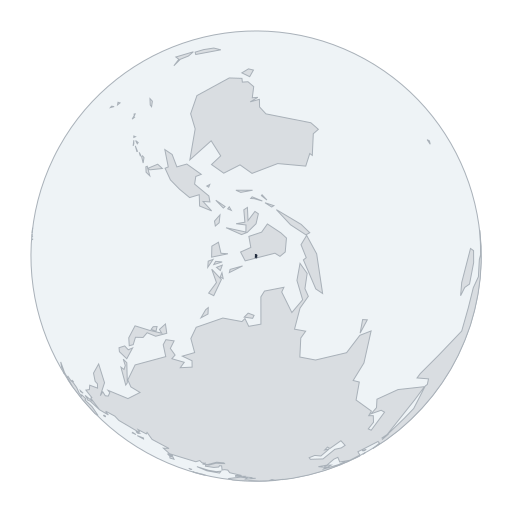 Temburong highlighted on a globe, orthographic projection, rotated 206°
{"feature_id": "BRN-1183", "entity_name": "Temburong", "entity_type": "District", "adm_level": 1, "iso_a3": "BRN", "parent_name": "Brunei", "parent_adm1": "", "projection": "orthographic", "projection_center": [115.184, 4.611], "detail": "fine", "context": "on_globe", "style": "filled", "palette": "slate", "viewbox_px": 512, "rotation_deg": 206, "n_neighbors": 0, "source": "natural_earth", "source_scale": "10m", "svg_char_len": 8107}
<svg xmlns="http://www.w3.org/2000/svg" viewBox="0 0 512 512"><g transform="rotate(206 256 256)"><circle cx="256" cy="256" r="225" fill="#eef3f6" stroke="#a8b0b8"/><path d="M451.9,325.6L451.6,327.1L451.4,327.4L451.9,325.6ZM364.8,58.7L364.6,58.6L371.3,62.7L363.9,58.4L381.7,70.5L385.1,75.2L376.7,67.0L372.2,64.0L372.2,65.4L367.7,62.8L365.0,62.2L359.6,59.2L355.0,55.4L351.4,53.6L351.7,54.8L346.3,53.1L346.6,51.6L337.3,48.7L328.0,43.4L331.6,43.8L348.5,50.6L364.8,58.7ZM469.1,183.5L467.3,178.5L468.3,181.0L469.1,183.5ZM466.2,176.0L466.8,177.6L466.3,176.4L466.2,176.0ZM465.8,175.4L466.1,175.9L465.8,175.4ZM465.5,175.4L465.6,175.2L465.7,175.4L465.5,175.4ZM464.4,173.7L464.0,173.1L463.9,172.4L464.4,173.7ZM377.2,66.7L376.6,66.0L378.7,67.6L377.2,66.7ZM365.6,62.7L367.2,63.8L365.2,63.1L365.6,62.7ZM355.0,58.1L351.2,56.9L354.3,57.3L355.0,58.1ZM348.5,55.8L339.4,53.7L342.2,55.8L329.2,49.2L341.2,52.8L344.6,52.8L345.2,54.1L348.5,55.8ZM323.4,46.2L320.6,45.4L322.7,45.6L323.4,46.2ZM66.6,134.0L63.0,141.8L65.0,142.8L78.6,124.7L75.4,122.6L82.1,113.5L90.4,107.6L94.2,110.9L96.9,107.6L100.6,99.1L107.6,94.0L102.5,95.9L100.0,99.4L96.8,101.0L98.9,97.9L101.3,96.0L101.9,94.1L90.3,104.7L86.5,109.4L84.2,110.3L77.7,118.5L74.9,122.0L77.7,118.3L88.4,105.5L100.0,93.5L112.5,82.4L125.7,72.2L125.6,72.3L127.7,70.9L134.9,66.2L133.4,67.4L140.7,62.8L143.7,62.1L146.1,59.5L154.6,55.1L161.2,52.3L164.4,50.7L153.7,55.3L149.0,57.7L144.3,60.4L139.6,63.1L155.3,54.5L171.8,47.1L178.7,44.6L183.4,43.8L172.9,50.5L166.8,52.5L167.5,50.9L158.8,56.1L163.4,53.8L162.1,55.2L170.0,52.2L169.5,53.1L177.8,49.0L178.1,49.8L172.8,52.4L184.6,49.7L187.5,51.2L190.4,50.3L192.7,48.8L194.9,52.3L196.9,51.5L197.0,50.0L201.2,47.5L209.3,44.9L209.6,46.3L206.7,47.4L201.1,52.2L193.3,55.6L194.2,56.0L201.0,53.4L208.0,47.4L212.8,45.5L210.4,48.0L211.6,47.0L214.1,46.5L216.9,47.5L219.9,44.7L247.0,40.4L255.0,42.7L249.8,44.9L269.0,45.6L276.6,49.7L276.6,48.0L285.9,48.3L283.6,46.9L284.4,46.3L307.1,48.1L312.7,50.2L322.6,50.6L322.6,50.0L319.0,48.4L329.2,49.2L342.2,55.8L341.5,56.8L350.1,60.9L347.2,62.9L348.8,67.0L340.5,67.8L342.5,71.6L345.7,72.9L350.7,79.5L350.1,90.0L336.6,75.7L334.7,62.2L334.2,66.8L330.2,64.3L327.4,65.3L327.5,69.1L330.1,70.4L308.6,71.7L300.4,82.5L311.1,83.5L316.9,88.4L316.9,105.1L293.0,126.0L300.5,135.6L300.3,141.3L292.4,143.8L292.5,135.4L285.3,131.5L286.6,126.8L273.9,129.0L275.1,122.4L264.7,128.1L267.6,133.8L278.3,133.7L268.8,142.3L278.4,153.3L278.5,165.7L258.6,185.7L239.9,190.9L238.5,194.9L231.7,189.6L221.7,196.9L233.7,221.4L233.0,228.2L217.2,240.1L217.1,234.9L199.0,220.9L194.9,237.1L208.5,252.0L213.2,268.7L202.4,262.8L197.7,248.1L191.3,242.7L193.6,228.5L189.3,207.1L178.4,210.2L179.8,201.9L172.3,184.4L156.9,188.6L132.2,208.8L127.9,230.2L119.7,239.1L112.1,207.2L114.1,186.7L107.9,188.0L102.9,170.4L84.3,167.2L84.7,161.9L80.6,163.9L77.5,158.1L79.3,149.8L76.1,149.9L72.0,172.0L75.9,172.2L83.4,164.6L81.2,172.5L84.5,180.3L69.8,198.2L47.3,212.4L50.3,196.4L59.9,153.0L62.5,148.6L62.8,148.1L63.2,147.2L58.8,154.2L62.2,146.2L51.5,175.3L47.4,188.0L46.9,213.3L45.7,215.7L47.1,221.2L57.8,217.0L56.8,222.3L48.5,246.4L38.2,278.7L42.5,302.6L46.8,322.8L47.0,334.8L53.7,350.7L54.7,355.6L59.2,364.5L63.9,373.4L66.1,377.3L58.0,363.4L50.8,349.0L44.7,334.2L39.7,318.9L35.8,303.4L32.9,287.6L31.3,271.6L30.7,255.5L31.3,239.5L33.1,223.5L36.0,207.7L40.0,192.2L45.1,176.9L51.2,162.1L58.4,147.8L66.6,134.0ZM92.9,124.9L98.7,127.2L105.2,115.4L108.0,115.6L109.2,111.8L105.7,114.6L110.0,104.7L115.8,102.5L119.8,98.0L118.0,97.1L106.8,103.0L100.4,116.8L95.2,120.9L92.9,124.9ZM205.1,36.8L207.8,36.1L208.9,35.9L216.9,34.3L217.5,34.4L212.9,35.4L205.1,36.8ZM75.4,127.5L72.2,130.6L73.1,128.7L74.0,128.0L75.4,127.5ZM73.1,124.6L71.5,127.4L72.2,125.9L73.1,124.6ZM207.1,36.6L210.3,35.9L208.6,36.4L207.1,36.6ZM218.3,34.4L217.1,34.9L218.5,34.2L218.3,34.4ZM148.4,432.8L153.2,435.6L150.6,435.5L148.4,432.8ZM59.5,322.4L66.5,356.8L62.8,356.2L57.5,345.5L51.8,324.4L54.6,319.3L54.7,310.0L59.5,322.4ZM270.7,311.1L277.6,312.6L277.4,313.7L270.7,311.1ZM263.4,306.9L271.3,307.8L262.0,309.1L263.4,306.9ZM274.4,308.2L282.5,306.8L286.0,305.4L285.4,307.5L274.4,308.2ZM258.0,306.6L229.2,304.2L217.9,300.5L220.4,296.9L238.7,299.2L258.0,306.6ZM219.5,296.7L202.4,284.5L179.7,251.5L187.8,252.6L211.7,273.3L210.1,276.5L220.5,285.9L219.5,296.7ZM261.4,279.9L259.8,289.8L243.8,287.7L236.5,285.5L231.5,272.4L234.3,266.2L240.2,266.8L263.6,246.9L271.6,252.8L264.4,261.4L271.0,270.5L261.4,279.9ZM128.6,232.3L132.3,245.6L128.0,247.4L128.6,232.3ZM273.4,232.6L263.7,241.2L272.7,229.4L273.4,232.6ZM278.9,221.4L279.3,226.1L275.6,221.3L278.9,221.4ZM238.0,201.2L231.7,201.8L231.7,198.5L239.8,195.9L238.0,201.2ZM278.4,176.3L277.7,185.6L276.3,188.7L273.7,182.8L278.4,176.3ZM216.8,40.8L205.1,42.5L197.1,44.8L193.2,47.2L193.6,44.9L206.0,41.4L216.8,40.8ZM243.2,40.1L246.6,38.6L248.5,39.3L248.0,39.7L243.2,40.1ZM242.8,39.1L240.6,37.4L244.7,36.7L245.7,38.1L242.8,39.1ZM223.4,35.7L219.9,36.1L221.3,35.5L223.4,35.7ZM398.5,410.7L400.1,412.5L393.6,418.5L385.1,424.4L378.0,425.9L398.5,410.7ZM339.8,422.0L340.3,414.4L349.0,414.4L344.8,420.9L339.8,422.0ZM404.4,406.1L410.3,399.6L413.2,391.0L411.6,399.0L415.3,399.7L401.8,412.1L404.4,406.1ZM309.4,388.1L265.1,399.8L255.5,397.2L258.1,391.0L249.5,371.1L252.6,371.7L250.7,358.6L277.0,348.6L295.8,328.5L310.3,330.9L321.3,316.3L336.1,318.7L331.6,330.5L346.8,339.9L357.6,313.4L366.4,343.6L377.1,355.2L379.4,374.3L358.1,404.3L346.5,409.5L344.5,406.3L339.6,409.1L332.3,407.2L328.7,396.6L323.9,399.4L328.8,392.0L321.6,398.3L318.1,391.5L309.4,388.1ZM415.3,344.4L417.3,345.4L420.3,351.0L417.0,349.7L415.3,344.4ZM446.7,331.1L447.4,333.7L445.3,334.0L446.7,331.1ZM451.4,327.4L449.0,328.1L451.9,325.6L451.4,327.4ZM426.8,328.2L427.8,330.2L426.9,330.8L426.8,328.2ZM426.0,327.5L427.3,324.7L427.1,327.6L426.0,327.5ZM416.6,310.4L417.8,309.0L418.4,310.3L416.6,310.4ZM287.9,313.6L297.6,306.5L302.9,306.3L287.9,313.6ZM414.8,307.0L411.6,306.3L411.9,304.8L414.8,307.0ZM415.0,303.3L414.7,301.1L416.6,306.5L415.0,303.3ZM408.9,297.7L412.8,302.1L408.4,298.1L408.9,297.7ZM406.5,298.0L403.7,296.0L403.9,295.3L406.5,298.0ZM373.9,297.6L384.6,311.7L375.9,310.5L366.2,301.4L358.5,308.3L341.0,305.4L345.0,301.1L342.7,293.7L324.7,289.3L321.1,284.4L327.5,281.8L315.6,277.1L328.6,276.2L333.9,286.2L341.3,279.4L354.0,282.5L366.3,286.9L376.2,295.0L373.9,297.6ZM328.7,297.1L330.9,297.3L328.9,300.0L328.7,297.1ZM398.2,290.1L402.4,295.2L401.9,296.3L399.8,295.3L398.2,290.1ZM378.5,293.6L389.2,286.9L391.7,287.3L384.6,295.4L378.5,293.6ZM386.6,281.5L391.5,283.1L394.1,287.9L393.1,289.0L386.6,281.5ZM302.1,286.0L301.6,288.5L298.2,286.2L302.1,286.0ZM306.4,284.8L316.6,288.5L305.5,286.9L306.4,284.8ZM275.6,273.1L278.6,279.5L288.0,276.3L280.8,281.5L287.2,292.2L285.0,295.9L278.7,284.3L276.5,295.6L272.4,295.0L270.1,285.0L274.2,273.4L278.4,268.9L295.3,268.3L275.6,273.1ZM306.4,277.2L303.7,269.7L305.7,265.1L308.6,269.2L306.4,277.2ZM295.8,251.9L288.7,243.1L282.2,245.7L295.4,235.5L300.0,245.5L295.8,251.9ZM289.9,233.5L283.8,235.8L290.2,229.8L289.9,233.5ZM282.3,233.0L281.7,227.3L286.5,228.5L282.3,233.0ZM293.1,234.1L294.4,224.7L296.7,230.4L293.1,234.1ZM279.9,214.8L290.0,224.7L276.8,219.7L276.6,201.8L282.3,201.9L279.9,214.8ZM314.0,149.2L312.9,144.5L318.1,144.1L317.4,147.4L314.0,149.2ZM334.1,140.2L319.1,142.5L306.9,145.3L310.6,147.7L307.6,155.2L302.3,147.4L311.0,139.9L320.2,139.3L321.8,133.3L328.7,130.1L327.5,122.5L330.6,119.8L334.5,126.7L334.1,140.2ZM326.6,119.3L327.1,107.0L336.8,110.1L338.9,113.5L334.6,117.6L329.7,115.7L326.6,119.3ZM330.1,105.1L325.3,103.4L316.1,85.6L316.5,82.9L328.7,96.9L324.9,96.2L325.5,100.3L330.1,105.1ZM321.3,46.2L320.6,45.5L322.9,46.4L321.3,46.2ZM282.9,45.6L284.3,44.8L287.0,45.6L282.9,45.6ZM289.6,43.4L285.6,42.9L289.7,42.8L289.6,43.4ZM276.8,42.2L284.0,42.5L277.3,43.1L276.8,42.2Z" fill="#d9dde1" stroke="#a8b0b8" stroke-width="1"/><path d="M255.9,254.8L255.9,255.0L256.0,255.0L256.3,255.9L256.4,256.0L256.3,256.4L256.3,256.5L256.5,256.8L256.7,257.0L256.4,257.1L256.2,257.1L255.9,257.0L255.7,256.9L255.6,256.4L255.4,256.0L255.4,255.8L255.4,255.5L255.4,255.2L255.5,255.3L255.5,255.2L255.8,255.1L255.8,254.9L255.7,254.9L255.8,254.8L255.9,254.8Z" fill="#64748b" stroke="#1e293b" stroke-width="1.5"/></g></svg>